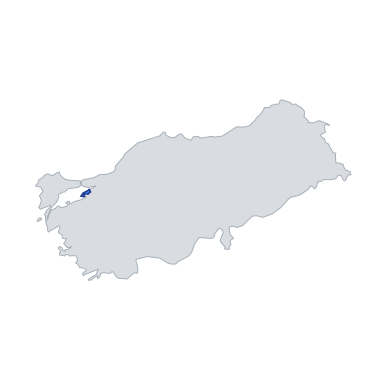 Yalova highlighted on a map of Turkey, rotated 340°
{"feature_id": "TUR-5518", "entity_name": "Yalova", "entity_type": "Province", "adm_level": 1, "iso_a3": "TUR", "parent_name": "Turkey", "parent_adm1": "", "projection": "equal_earth", "projection_center": [29.141, 40.585], "detail": "fine", "context": "in_parent", "style": "filled", "palette": "blue", "viewbox_px": 384, "rotation_deg": 340, "n_neighbors": 0, "source": "natural_earth", "source_scale": "10m", "svg_char_len": 3987}
<svg xmlns="http://www.w3.org/2000/svg" viewBox="0 0 384 384"><g transform="rotate(340 192 192)"><path d="M288.8,137.4L293.9,139.2L295.4,137.8L300.0,138.0L304.1,139.0L306.1,136.1L309.0,136.4L309.7,137.9L311.1,138.4L315.5,142.2L315.1,142.6L316.2,144.0L319.9,144.9L320.4,146.8L323.4,149.7L325.2,154.0L324.5,157.1L323.1,159.0L325.8,165.7L325.1,166.5L329.7,168.7L335.3,168.3L337.1,169.3L342.9,174.5L344.4,176.6L340.5,174.1L338.5,176.2L337.8,181.4L332.0,182.3L333.1,185.7L334.8,187.3L334.5,190.5L335.0,191.8L336.8,193.8L336.8,196.7L337.6,199.8L337.9,203.4L340.4,204.6L339.4,206.3L337.2,213.7L337.4,214.3L339.3,214.5L343.6,217.9L343.0,219.0L343.8,223.8L347.6,227.0L347.1,228.5L347.3,230.2L344.7,229.4L339.7,233.7L339.1,233.6L338.2,232.1L337.8,227.8L336.5,226.7L334.8,226.5L332.0,228.4L329.4,228.3L326.8,228.0L319.7,225.3L317.2,226.2L314.5,225.2L309.6,230.5L308.1,230.9L307.2,228.3L305.3,226.8L303.1,228.8L294.3,231.3L290.2,231.7L285.2,230.9L281.1,231.1L270.1,237.0L259.4,240.1L249.7,239.9L244.3,236.2L240.2,235.4L228.0,240.9L221.9,240.7L219.8,238.5L215.2,237.5L214.2,239.7L213.4,245.0L215.2,249.8L212.6,250.1L210.9,251.2L210.6,254.8L208.2,256.3L207.5,258.5L207.1,258.6L203.2,256.7L204.2,254.9L201.6,248.2L202.7,246.1L207.6,240.6L207.3,237.4L205.1,235.2L198.9,239.2L198.3,240.7L196.9,241.9L194.6,242.4L183.1,237.2L176.6,241.8L171.1,248.5L166.9,251.0L154.4,252.8L152.2,254.1L147.9,252.7L145.3,250.9L139.3,243.3L128.3,237.5L116.7,236.1L115.7,237.6L115.4,243.5L113.5,249.0L112.6,249.6L110.0,248.2L101.1,251.5L93.5,247.9L92.2,246.3L90.4,239.9L89.3,239.4L88.1,240.3L86.8,240.3L81.4,237.5L78.4,237.3L76.6,240.0L73.8,241.1L73.7,240.4L74.8,238.6L70.2,238.9L67.8,240.3L64.5,239.5L64.7,238.7L67.4,237.8L73.5,236.9L77.4,232.6L62.8,232.8L61.4,233.7L61.2,231.5L62.1,230.5L65.9,229.7L65.7,227.9L63.3,225.9L60.8,224.8L59.7,220.2L58.4,219.1L58.5,218.4L60.9,217.6L61.5,214.2L61.1,212.2L56.4,210.4L55.4,210.5L54.2,208.7L52.2,207.5L50.6,208.5L45.9,205.8L46.8,203.8L47.9,203.8L48.2,202.3L47.3,199.7L47.4,198.4L48.4,198.0L49.6,198.3L50.7,199.8L50.9,202.8L52.1,204.5L53.0,202.8L55.2,203.7L59.0,202.8L59.8,202.0L56.9,202.1L55.9,201.4L53.7,196.5L56.0,195.1L57.7,192.8L54.5,191.2L55.2,187.9L52.5,184.2L56.2,179.4L56.0,178.7L54.9,178.4L43.4,180.4L43.2,178.3L44.1,176.4L44.1,171.9L44.6,169.4L46.7,168.7L49.4,165.0L53.6,160.8L58.0,160.8L59.8,159.7L62.4,159.6L63.2,161.3L65.4,162.4L69.5,162.3L71.4,161.1L69.6,159.0L71.9,158.4L73.7,158.9L72.7,161.2L73.3,161.4L78.5,160.7L83.9,161.3L90.0,161.0L90.8,160.2L86.5,157.9L89.2,155.9L90.7,155.5L103.4,153.7L103.4,153.2L95.7,152.2L91.7,149.5L90.6,148.0L91.4,144.5L92.2,143.6L95.0,143.4L104.5,145.0L111.3,144.1L118.7,146.4L125.8,145.9L127.3,144.9L129.0,141.5L138.9,135.9L142.4,133.0L157.8,127.3L181.1,128.2L185.1,126.0L187.4,126.8L186.8,128.2L187.0,129.6L189.9,133.0L194.1,135.0L199.8,133.3L201.9,133.9L204.1,139.3L207.8,142.4L209.5,142.7L211.6,140.8L213.7,140.6L217.2,142.4L218.4,144.3L229.6,146.5L232.0,148.1L239.6,149.8L256.1,146.0L262.3,148.5L267.5,149.4L269.6,149.0L276.2,145.9L278.2,144.2L282.3,142.7L287.4,139.3L288.8,137.4ZM74.3,128.0L73.8,130.4L74.8,133.0L77.1,136.6L79.5,138.4L90.8,143.4L89.2,148.0L86.4,148.7L76.7,146.5L72.7,148.4L69.9,147.9L65.9,148.7L64.8,151.5L62.0,154.7L54.2,158.7L47.0,166.6L45.0,167.6L45.9,164.9L45.9,162.6L49.0,159.8L53.4,157.7L54.6,156.0L43.6,156.3L42.6,153.9L43.7,153.4L47.3,149.1L47.7,147.4L47.4,143.2L51.7,140.8L52.1,139.8L51.4,135.6L47.3,133.2L47.5,132.1L50.4,131.0L52.1,128.1L56.4,127.5L58.4,126.1L62.1,125.4L66.7,129.0L72.1,127.6L74.3,128.0ZM41.3,166.3L37.6,167.0L36.4,166.3L37.6,165.0L40.5,164.2L41.4,165.4L41.3,166.3Z" fill="#d9dde1" stroke="#a8b0b8" stroke-width="1"/><path d="M89.6,159.4L89.4,159.5L88.5,159.3L87.1,158.4L86.3,158.2L86.6,157.5L87.1,157.2L88.2,156.7L88.7,156.4L89.4,155.7L89.7,155.6L94.4,155.2L95.0,154.9L95.7,154.6L96.0,154.3L96.3,154.4L96.4,154.6L96.5,154.7L96.7,156.5L96.6,157.3L95.6,157.1L94.6,158.2L93.6,158.4L91.1,157.3L90.6,157.4L89.5,157.1L89.6,159.4Z" fill="#3b82f6" stroke="#1e3a8a" stroke-width="1.5"/></g></svg>